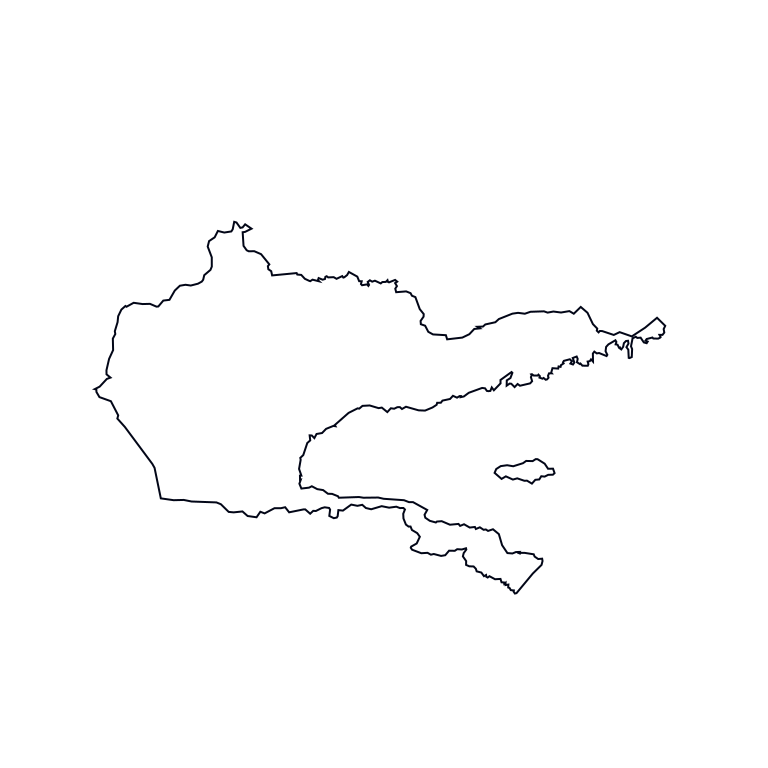 outline of Tanggamus, Lampung, Indonesia, rotated 314°
{"feature_id": "22746128B69666188283297", "entity_name": "Tanggamus", "entity_type": "district", "adm_level": 2, "iso_a3": "IDN", "parent_name": "Indonesia", "parent_adm1": "Lampung", "projection": "orthographic", "projection_center": [104.708, -5.522], "detail": "fine", "context": "isolated", "style": "outline", "palette": "ink", "viewbox_px": 768, "rotation_deg": 314, "n_neighbors": 0, "source": "geoboundaries", "source_scale": "gbopen_adm2", "svg_char_len": 6167}
<svg xmlns="http://www.w3.org/2000/svg" viewBox="0 0 768 768"><g transform="rotate(314 384 384)"><path d="M146.7,302.9L154.3,313.4L161.5,320.5L165.8,327.2L182.4,345.7L184.2,350.2L184.1,361.1L187.2,365.0L194.0,370.7L194.3,377.6L199.6,384.9L206.2,383.8L208.0,388.0L218.6,391.5L223.0,396.1L226.7,398.5L225.8,404.9L238.0,413.3L239.1,414.5L239.4,421.0L243.6,421.2L245.3,423.2L251.3,425.3L254.1,427.0L256.7,430.6L256.2,432.5L251.1,436.3L252.6,441.1L255.1,442.8L256.7,442.5L261.6,438.8L264.4,442.4L274.5,444.2L277.9,449.5L282.0,452.3L282.2,457.1L285.0,461.8L294.5,467.2L298.6,473.6L304.3,478.1L305.8,481.6L308.3,484.1L308.3,486.2L304.0,488.0L300.8,491.4L298.1,497.4L298.5,500.7L299.9,502.1L298.4,505.5L299.8,511.5L299.0,515.9L292.0,518.3L285.9,516.5L284.8,517.0L284.3,519.3L288.2,528.4L292.8,532.6L293.8,536.3L296.3,537.9L300.0,544.5L303.4,547.0L309.3,546.6L313.2,550.8L316.0,551.4L319.1,555.0L322.8,557.1L322.1,558.2L317.7,558.8L314.8,560.5L313.7,566.1L310.9,568.7L312.1,572.0L315.0,575.2L314.9,578.4L313.6,580.8L316.0,585.0L315.2,589.4L317.5,590.1L316.4,591.5L316.8,593.0L319.0,593.4L320.7,599.5L324.7,603.2L323.0,606.3L324.6,608.2L323.8,609.3L325.5,609.5L323.8,611.1L326.1,612.8L323.9,614.7L324.5,616.1L323.8,618.4L325.7,620.8L324.7,621.4L324.2,623.7L325.6,624.6L351.0,622.7L363.3,623.0L366.8,621.0L368.2,619.1L365.2,616.5L364.5,612.2L365.5,610.0L360.1,602.3L357.2,599.4L356.5,599.6L355.9,598.1L357.2,598.0L354.7,595.6L351.3,594.1L348.1,590.2L350.1,580.9L355.8,570.9L355.2,563.3L350.6,560.9L350.1,558.3L348.3,556.9L347.5,552.5L343.5,550.8L344.3,548.7L340.3,545.4L338.7,539.0L334.8,537.3L335.1,534.8L328.6,529.2L325.4,520.8L321.8,517.6L320.4,517.5L317.4,512.0L316.5,506.6L318.1,504.0L323.4,502.6L319.2,487.0L316.4,484.1L314.3,479.1L301.2,463.5L298.3,458.7L287.9,448.2L285.3,444.5L270.8,430.5L271.3,428.9L268.9,423.0L266.1,419.9L265.4,413.9L262.0,409.0L260.3,403.1L257.4,402.1L251.4,397.2L253.5,392.4L257.4,390.6L256.7,390.2L259.7,387.2L260.7,388.2L263.9,381.9L271.6,376.7L272.7,375.1L276.8,375.3L288.3,369.8L292.2,370.1L295.4,366.2L296.8,367.8L296.7,371.5L301.2,370.2L305.7,373.5L311.5,373.5L318.7,376.7L319.9,378.4L320.3,377.1L338.6,378.6L348.1,381.9L349.1,383.3L353.3,383.7L358.6,388.6L362.9,396.9L365.5,398.8L366.1,405.9L371.3,405.8L373.3,408.5L376.6,409.7L378.4,411.5L378.5,414.3L382.9,415.6L389.1,427.2L393.4,432.0L400.8,435.2L405.6,436.3L407.4,435.3L410.0,437.9L412.7,437.6L419.1,441.9L423.4,441.8L424.9,446.0L427.9,446.8L428.7,447.7L427.8,448.3L430.5,450.1L436.6,451.1L449.3,457.3L451.1,459.7L450.5,462.8L451.4,464.1L452.9,465.3L456.4,463.9L455.8,467.4L465.4,467.4L467.8,465.0L481.2,467.4L481.2,468.6L476.1,470.8L471.9,469.8L468.0,473.4L471.6,474.1L472.6,475.4L472.5,480.1L476.8,480.1L477.2,483.0L486.0,488.7L488.9,488.6L491.0,484.9L493.0,484.2L493.2,483.2L493.8,483.6L494.1,485.8L496.9,488.7L498.0,488.6L497.9,490.7L496.6,491.4L497.9,494.3L499.2,494.6L499.4,497.4L500.6,498.1L502.8,498.0L503.8,496.3L506.3,495.3L508.2,497.3L508.3,496.4L512.4,494.2L516.1,498.6L517.9,497.4L519.0,499.1L520.5,498.2L523.6,498.9L523.9,497.7L525.6,497.3L530.9,500.5L530.9,503.4L528.2,503.9L529.3,506.4L531.7,506.0L533.8,501.7L537.6,503.5L536.6,505.9L533.7,507.7L534.4,511.0L535.2,511.1L535.0,514.0L538.7,517.9L540.2,517.3L541.6,514.9L543.4,516.2L545.5,515.8L545.3,518.8L551.0,513.1L553.4,512.8L553.8,515.8L555.7,517.2L558.7,524.7L560.1,524.4L561.5,520.6L565.0,518.0L568.4,517.9L576.2,520.1L575.7,521.9L573.4,523.1L574.5,524.7L573.3,528.0L573.7,528.6L574.8,527.6L573.5,529.2L573.7,530.7L576.9,530.2L580.0,528.2L583.0,528.2L584.6,529.5L582.9,531.8L578.9,532.8L578.4,535.9L572.8,541.9L573.2,542.6L575.5,543.5L581.5,538.2L582.7,535.5L589.5,531.1L592.9,532.3L593.1,534.2L595.6,536.4L594.4,542.0L595.8,544.6L597.7,544.2L596.9,542.0L598.8,541.7L603.9,544.8L603.8,546.1L607.1,549.7L609.0,550.4L609.9,550.4L610.7,548.0L612.8,550.2L615.7,549.9L617.8,547.0L621.2,545.9L621.3,534.4L605.9,532.7L590.4,529.2L585.0,517.5L578.9,515.2L573.6,504.1L572.0,502.4L570.2,502.5L570.2,500.0L572.0,498.9L572.2,492.7L576.6,480.9L576.1,472.0L566.4,471.7L565.2,466.7L558.4,461.7L553.8,455.5L549.0,452.1L547.4,448.6L537.7,439.2L532.4,436.5L528.3,431.0L523.8,427.5L510.5,421.5L505.8,421.2L497.2,415.5L494.1,415.3L490.1,411.5L490.6,414.3L486.3,410.7L479.1,410.8L471.8,408.1L460.0,398.4L462.1,394.6L453.7,384.8L452.3,379.6L454.5,373.1L452.6,369.0L454.8,366.5L459.9,365.7L461.9,364.0L462.7,357.7L468.3,346.2L466.9,342.8L467.8,340.0L466.0,335.6L458.5,329.0L460.4,325.9L463.4,325.3L464.3,321.9L466.8,322.4L466.6,319.7L460.6,317.0L460.2,315.9L461.1,314.4L458.7,314.4L456.2,312.0L454.1,311.8L452.0,305.7L449.4,304.4L448.8,301.8L446.1,301.4L444.9,304.4L443.7,304.6L443.9,302.6L439.8,299.6L439.9,298.0L442.4,296.6L440.7,294.7L442.7,290.2L440.2,280.9L436.7,281.8L433.2,281.3L432.3,280.8L432.6,279.0L426.7,276.8L425.9,273.6L421.9,269.8L421.7,267.9L420.4,267.4L418.5,268.6L416.4,267.4L414.8,263.4L412.8,264.3L412.8,266.0L409.4,260.1L406.7,259.5L406.2,258.4L404.7,254.0L405.0,248.7L402.5,245.6L403.1,244.1L384.4,228.1L386.8,224.5L386.2,221.1L388.1,218.6L390.4,218.4L392.0,205.4L389.4,198.4L385.5,194.5L384.8,192.3L385.8,187.0L395.0,176.9L396.9,178.4L403.7,180.8L402.4,173.2L398.4,173.5L396.5,172.2L397.7,165.7L396.6,163.6L390.2,167.7L387.7,168.2L382.0,163.9L378.7,158.2L371.9,160.3L365.3,158.9L360.4,161.7L355.5,172.1L348.8,178.6L345.5,179.9L337.4,179.1L333.4,181.5L331.1,181.8L326.9,180.5L320.6,176.6L317.5,172.3L312.9,168.9L305.9,168.6L295.5,171.2L290.7,167.3L283.0,167.8L281.6,166.6L279.1,160.0L273.8,154.8L268.5,147.5L260.7,145.1L260.5,143.8L255.1,143.4L248.1,145.7L243.4,149.4L235.0,153.7L233.3,156.0L228.3,157.4L220.2,165.6L211.1,168.8L201.1,174.8L198.2,177.7L198.6,182.8L195.1,181.1L184.6,181.3L179.4,179.5L180.2,180.9L178.5,182.7L176.9,188.4L181.9,199.5L176.8,214.6L173.9,216.2L173.1,227.4L165.6,272.8L164.3,277.2L146.7,302.9ZM427.4,539.7L423.6,539.0L414.6,534.1L411.1,529.0L406.0,525.0L400.8,523.8L396.9,525.3L397.4,534.5L402.2,535.8L404.8,543.1L408.7,545.4L411.9,552.2L413.8,554.0L415.1,559.6L420.2,559.4L423.2,562.0L426.9,561.2L429.0,563.9L432.7,565.2L436.1,568.5L438.4,568.6L440.5,564.4L437.0,560.9L438.3,554.9L436.6,546.7L435.3,545.3L431.8,544.5L427.4,539.7Z" fill="none" stroke="#020617" stroke-width="2"/></g></svg>